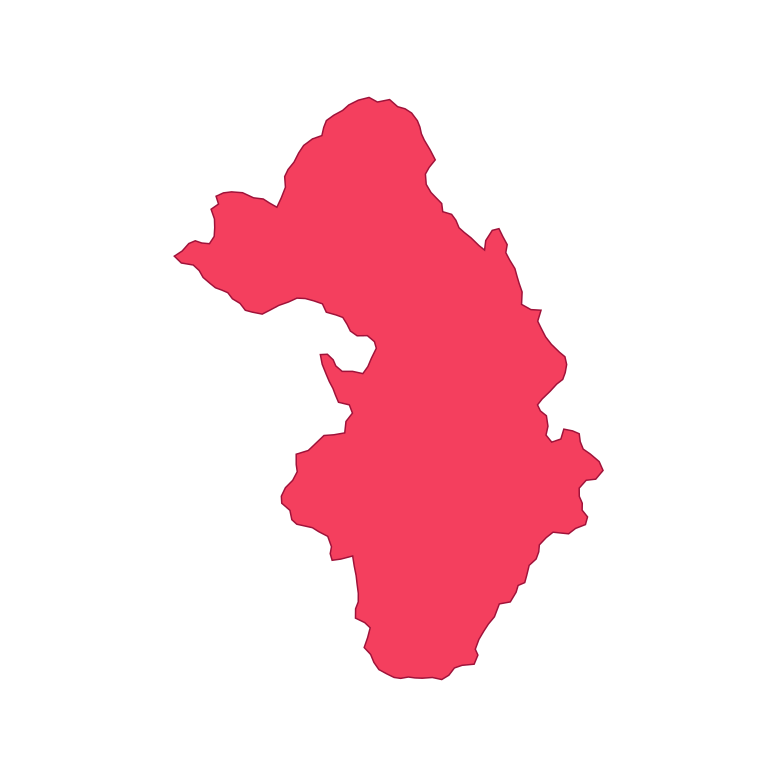 Conceição do Pará, Minas Gerais, Brazil (orthographic projection), rotated 33°
{"feature_id": "56859067B72885282662281", "entity_name": "Conceição do Pará", "entity_type": "district", "adm_level": 2, "iso_a3": "BRA", "parent_name": "Brazil", "parent_adm1": "Minas Gerais", "projection": "orthographic", "projection_center": [-44.879, -19.79], "detail": "fine", "context": "isolated", "style": "filled", "palette": "rose", "viewbox_px": 768, "rotation_deg": 33, "n_neighbors": 0, "source": "geoboundaries", "source_scale": "gbopen_adm2", "svg_char_len": 2906}
<svg xmlns="http://www.w3.org/2000/svg" viewBox="0 0 768 768"><g transform="rotate(33 384 384)"><path d="M484.8,251.3L478.7,247.6L475.5,236.6L466.7,241.6L456.0,242.3L449.7,231.6L442.5,226.0L437.2,221.5L430.9,215.9L421.9,211.6L414.6,207.5L411.4,200.0L403.1,195.5L395.8,191.1L391.1,196.2L391.2,208.3L395.4,216.9L388.3,216.2L377.3,214.0L368.7,213.2L361.8,212.1L355.1,207.5L348.3,204.9L339.4,207.5L334.1,201.2L325.6,199.3L319.1,197.8L310.7,193.6L304.4,185.4L303.9,177.7L304.9,168.1L295.1,162.5L284.9,157.5L279.1,153.8L274.1,148.9L268.6,145.0L259.6,141.7L251.8,141.7L244.4,144.0L233.8,142.4L224.9,151.1L215.4,151.8L207.9,159.9L202.5,169.1L200.3,177.1L195.5,185.9L192.2,194.4L193.7,201.6L196.6,209.5L190.5,217.4L186.7,227.7L186.6,236.6L187.7,246.9L186.7,256.3L187.7,264.1L194.2,272.7L196.5,284.0L197.9,294.1L188.8,294.6L182.0,294.6L173.2,298.9L161.2,300.6L151.5,305.9L145.2,311.2L140.9,318.0L147.2,323.2L143.8,331.6L151.9,337.9L156.9,345.1L161.2,352.7L161.2,361.4L154.4,365.0L147.7,366.7L143.8,372.5L142.3,382.4L138.5,391.0L148.1,392.9L159.2,388.1L167.2,389.5L174.3,393.2L183.5,394.4L190.2,395.1L196.7,393.6L203.3,392.5L210.5,395.1L219.4,394.8L227.5,397.7L234.3,395.5L243.8,391.7L248.1,384.2L253.0,375.3L259.2,367.3L264.2,359.4L271.4,355.2L279.8,352.5L288.7,350.3L296.5,355.2L306.2,352.2L313.2,350.6L320.6,354.1L327.0,357.9L335.2,358.2L343.7,352.5L352.9,353.7L358.1,358.2L359.4,369.2L361.0,378.2L360.6,386.8L350.8,390.5L342.0,396.2L333.7,395.1L328.2,391.4L320.3,389.9L314.6,394.0L321.4,401.1L330.5,407.5L336.9,411.8L343.6,415.5L349.3,419.7L355.8,424.1L366.3,420.4L373.4,425.6L372.5,436.1L377.7,446.4L369.6,453.9L361.7,459.9L359.2,470.5L356.7,481.0L348.6,490.7L354.3,499.4L359.0,504.8L359.9,514.5L357.8,524.6L359.0,534.0L363.2,539.7L373.9,541.2L380.6,548.0L387.2,549.1L395.0,546.2L402.2,543.5L409.6,543.4L419.8,542.4L428.6,549.1L431.3,555.6L436.5,560.1L443.1,554.4L451.4,545.3L458.2,552.9L465.1,560.0L470.2,566.2L476.5,573.6L481.1,580.8L482.6,588.0L487.6,595.9L497.8,594.6L505.2,596.0L508.4,605.6L510.9,615.8L520.1,618.1L527.2,623.0L535.3,626.3L544.1,625.6L552.3,624.6L558.3,621.8L564.0,616.5L570.1,613.6L576.3,609.9L584.4,603.8L593.4,600.4L597.0,592.9L597.7,583.8L602.7,577.4L612.2,569.9L610.4,560.2L605.0,556.7L602.7,546.5L602.3,536.9L602.3,528.5L603.4,519.1L600.5,505.6L608.6,498.0L608.2,486.7L606.2,479.9L610.2,473.9L608.0,467.0L604.5,457.0L606.9,447.9L605.2,440.5L601.9,434.3L603.7,424.5L606.5,416.2L613.0,412.9L620.4,409.1L623.3,400.8L629.5,392.2L627.1,384.6L618.9,381.9L615.2,376.0L609.0,371.9L604.4,365.0L606.0,354.6L613.4,348.5L614.8,337.2L606.7,331.9L595.2,330.4L586.5,330.1L580.0,325.5L574.8,319.4L567.7,320.6L559.4,323.9L562.3,333.8L556.3,341.4L547.7,338.6L544.5,330.1L537.5,322.2L529.8,321.4L524.1,317.9L524.8,310.4L527.3,299.6L528.9,290.0L531.4,282.8L529.8,275.8L526.6,268.2L520.9,262.6L513.9,261.8L502.8,259.6L493.9,256.5L484.8,251.3Z" fill="#f43f5e" stroke="#9f1239" stroke-width="1.5"/></g></svg>